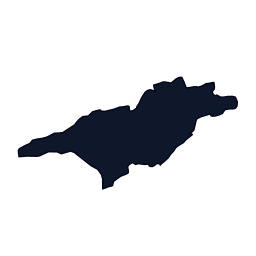 an SVG outline of Georgia, rotated 322°
{"feature_id": "GEO", "entity_name": "Georgia", "entity_type": "country or territory", "adm_level": 0, "iso_a3": "GEO", "parent_name": "Asia", "parent_adm1": "", "projection": "equal_earth", "projection_center": [43.852, 42.32], "detail": "fine", "context": "isolated", "style": "filled", "palette": "ink", "viewbox_px": 256, "rotation_deg": 322, "n_neighbors": 0, "source": "natural_earth", "source_scale": "50m", "svg_char_len": 2069}
<svg xmlns="http://www.w3.org/2000/svg" viewBox="0 0 256 256"><g transform="rotate(322 128 128)"><path d="M130.7,177.0L130.8,176.3L130.5,175.1L129.5,174.2L128.2,173.6L125.7,173.8L123.4,173.3L121.8,171.8L121.4,170.6L122.3,169.6L121.7,168.9L118.8,167.0L114.1,162.3L111.5,161.3L110.5,158.4L109.4,157.8L107.2,157.5L104.8,157.8L104.3,158.1L103.6,158.6L101.7,162.2L100.4,163.5L97.2,162.9L94.6,162.0L92.5,161.5L88.3,161.2L83.6,161.2L80.4,163.8L79.0,163.4L76.6,162.2L72.7,161.1L70.7,160.3L76.7,152.6L78.5,148.1L78.6,145.3L78.7,141.9L75.7,134.7L73.2,124.6L70.6,114.0L68.5,110.8L59.6,107.2L57.5,103.1L50.7,97.7L41.1,95.4L39.2,94.4L31.0,87.8L24.5,83.5L26.0,80.9L27.9,78.1L29.9,77.5L35.8,78.5L41.2,79.8L45.2,78.9L49.9,81.0L54.2,83.5L58.5,85.3L66.9,86.9L70.0,89.2L73.7,91.5L88.1,92.7L89.3,92.3L90.3,92.0L95.2,91.1L99.5,91.3L104.0,94.1L106.9,93.9L110.0,93.5L113.9,95.0L117.1,96.6L117.3,98.3L120.0,100.7L128.0,104.4L134.5,106.5L136.5,108.0L141.4,110.5L141.9,111.2L141.8,112.2L140.4,114.1L140.0,115.7L140.7,116.6L142.8,117.5L146.8,117.7L148.3,116.6L151.3,115.7L154.3,114.2L158.3,112.2L163.7,110.4L165.9,110.4L168.0,111.0L169.5,112.0L171.9,115.7L174.4,110.5L175.0,110.1L177.2,111.1L181.2,112.6L184.0,113.4L185.4,114.5L189.7,119.2L196.4,119.0L199.3,119.7L200.8,120.5L201.5,121.4L200.4,126.2L198.8,131.2L198.9,132.4L201.6,134.2L205.4,136.2L207.4,137.8L208.7,139.2L211.7,140.3L215.1,141.0L216.8,141.1L218.5,142.3L223.0,144.5L223.6,145.1L222.8,146.6L221.1,149.2L219.7,150.5L218.1,150.8L216.6,151.4L216.0,152.8L216.0,154.6L216.3,155.9L216.7,156.4L218.3,156.8L219.9,160.7L222.4,162.6L226.3,164.8L229.7,167.4L231.5,169.7L231.2,171.4L230.1,174.9L227.3,177.8L224.9,178.5L224.0,178.3L222.5,177.4L219.3,175.1L215.9,173.3L213.2,173.9L211.5,174.6L208.1,173.8L204.1,172.2L201.9,170.7L201.0,169.6L201.6,167.6L192.4,164.0L188.0,163.1L186.1,164.1L179.4,169.5L178.6,170.1L173.5,170.8L173.4,171.3L174.6,172.4L174.4,172.8L165.8,172.9L162.9,173.6L155.3,172.7L152.7,173.1L150.6,174.0L145.3,174.9L141.7,176.1L137.1,176.6L132.3,176.7L130.7,177.0Z" fill="#0f172a" stroke="#020617" stroke-width="1.5"/></g></svg>